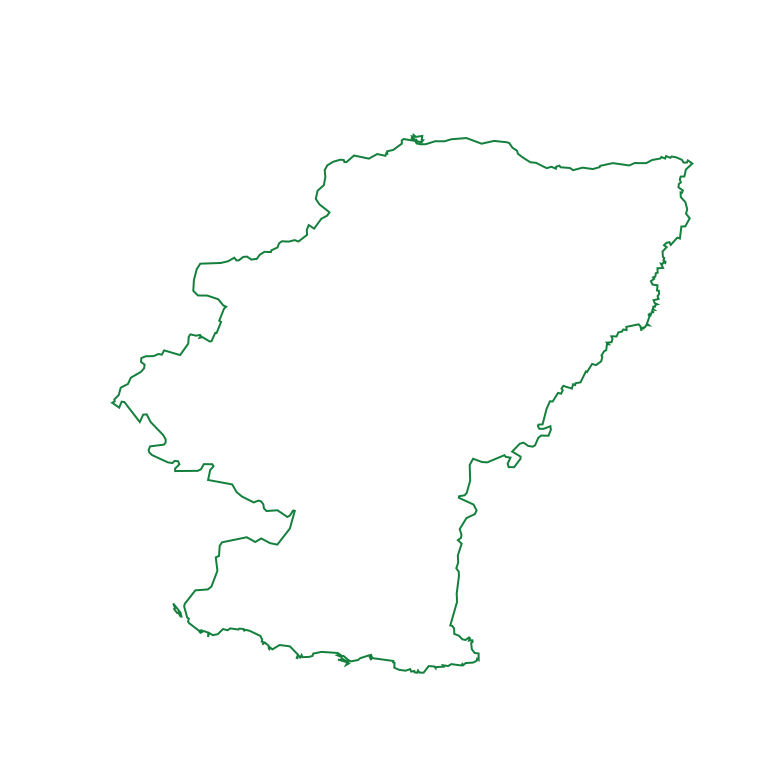 Lamongan, Jawa Timur, Indonesia (Albers equal-area conic projection), rotated 193°
{"feature_id": "22746128B62762388436916", "entity_name": "Lamongan", "entity_type": "district", "adm_level": 2, "iso_a3": "IDN", "parent_name": "Indonesia", "parent_adm1": "Jawa Timur", "projection": "albers", "projection_center": [112.288, -7.123], "detail": "fine", "context": "isolated", "style": "outline", "palette": "green", "viewbox_px": 768, "rotation_deg": 193, "n_neighbors": 0, "source": "geoboundaries", "source_scale": "gbopen_adm2", "svg_char_len": 6158}
<svg xmlns="http://www.w3.org/2000/svg" viewBox="0 0 768 768"><g transform="rotate(193 384 384)"><path d="M133.2,668.2L138.2,670.2L138.7,667.9L141.9,667.1L144.1,669.4L150.1,670.6L154.9,670.4L155.9,668.8L160.4,669.5L160.8,666.9L164.8,667.6L165.4,665.9L173.1,662.6L178.2,658.2L189.6,655.6L194.2,652.1L210.7,650.7L222.5,645.2L222.7,643.8L228.9,640.4L239.1,639.5L247.8,634.9L251.4,636.3L260.7,634.9L262.2,636.2L265.2,634.4L265.0,632.5L269.7,633.3L274.1,630.9L285.5,633.7L291.4,633.0L299.4,635.8L305.2,638.4L307.0,641.3L312.0,643.1L316.1,646.9L318.4,647.2L331.5,645.6L343.0,640.1L359.0,642.2L373.5,637.6L379.6,634.1L388.6,632.1L397.4,627.0L401.7,625.9L406.3,625.7L408.4,628.0L407.6,629.2L406.0,627.9L401.8,628.0L400.8,630.3L402.1,630.0L402.5,634.3L408.7,631.9L411.1,633.3L410.8,631.7L412.1,631.6L410.7,630.4L412.3,630.1L412.0,628.8L409.4,629.2L408.9,627.8L420.0,627.1L421.5,625.4L420.7,622.2L427.6,614.2L433.3,611.4L432.6,609.1L433.7,609.2L433.9,606.7L442.4,606.5L449.4,600.2L464.6,599.9L470.4,591.9L472.5,591.3L473.6,593.2L477.1,592.7L483.5,589.1L488.4,584.3L489.9,579.1L487.7,572.5L487.3,564.3L492.2,557.4L492.1,549.0L487.3,544.5L475.7,539.0L477.3,535.2L482.3,530.8L487.0,519.7L493.1,521.9L493.9,516.8L492.5,512.0L499.4,503.6L503.4,504.1L508.9,501.3L515.6,500.1L517.9,497.5L518.5,493.1L523.8,488.9L523.9,487.1L530.2,485.9L534.2,481.9L536.1,477.3L541.3,475.4L546.1,477.3L549.7,476.2L553.3,471.8L555.5,471.2L558.3,473.4L563.4,468.6L570.3,465.2L590.1,459.9L592.3,453.8L592.6,442.7L590.8,431.9L585.2,428.4L576.1,430.4L564.6,429.3L558.4,424.5L555.2,423.8L556.8,421.5L558.8,408.6L556.7,407.8L558.6,396.0L559.9,395.9L561.7,386.9L563.3,386.2L571.4,388.8L574.0,387.6L573.3,389.6L574.2,390.4L578.1,388.8L583.8,388.8L584.9,385.9L583.8,379.3L589.2,366.3L605.8,367.3L607.1,362.6L610.5,362.5L614.7,359.4L622.4,357.4L626.3,354.7L625.7,350.8L621.6,349.0L621.3,345.4L623.5,341.2L632.1,333.2L633.5,326.4L639.7,321.2L640.0,313.5L643.3,308.3L642.5,306.5L644.6,304.6L636.7,301.4L635.6,307.8L632.9,308.0L613.4,292.0L611.7,300.0L608.4,301.0L602.9,294.5L587.7,284.6L584.2,280.8L583.6,277.8L584.8,275.4L597.9,270.6L598.5,266.7L597.3,264.5L594.1,262.6L576.9,259.0L572.3,259.4L570.7,262.0L567.2,262.4L565.3,259.6L568.5,254.7L567.9,252.2L545.9,257.5L543.2,259.7L541.5,265.4L533.3,267.2L531.6,265.4L534.0,261.2L533.8,250.9L509.3,252.0L503.3,245.5L497.1,242.4L484.3,239.3L480.1,242.1L477.4,242.0L474.5,239.6L473.0,235.8L469.9,233.8L459.4,237.0L448.3,232.7L446.1,234.6L444.1,240.3L442.4,240.3L443.2,222.0L451.8,203.5L459.3,203.3L468.9,205.9L473.9,201.1L483.3,203.8L506.2,193.3L507.7,189.5L506.1,179.4L508.9,177.2L504.3,164.5L506.6,147.7L509.5,144.2L521.4,140.5L528.7,125.0L528.7,122.3L523.2,112.2L521.4,111.5L521.5,108.5L520.0,107.1L508.9,102.0L505.4,103.3L507.7,100.9L506.8,100.3L503.9,102.8L499.2,102.1L498.5,97.9L498.5,102.1L494.3,100.8L489.6,102.9L485.8,109.0L481.0,108.9L478.8,111.3L470.6,112.0L470.0,113.1L466.3,113.6L465.1,112.6L464.6,114.2L464.7,111.6L464.3,113.3L459.5,113.3L447.7,110.7L445.1,107.3L445.2,105.5L442.4,105.2L444.0,102.7L442.0,105.2L437.7,103.2L436.7,100.4L436.1,99.9L435.8,101.7L433.1,100.3L427.0,106.2L416.7,107.2L406.9,100.9L407.4,97.5L405.8,97.4L406.9,97.7L406.4,99.9L404.1,99.5L404.2,97.7L403.3,101.3L402.0,99.5L395.4,101.3L392.5,103.0L392.3,105.4L384.7,108.9L368.7,111.5L366.4,110.7L368.6,109.2L364.1,108.5L364.6,109.5L362.3,109.9L357.2,107.3L357.7,105.3L363.5,107.1L364.3,105.2L366.9,105.1L357.9,104.6L356.3,106.9L357.7,101.7L355.3,103.9L356.5,104.4L356.0,106.8L353.9,106.3L347.2,109.2L345.5,111.5L337.6,116.2L334.4,112.1L336.2,117.9L333.7,114.3L312.6,116.2L312.5,114.8L311.0,114.7L310.2,109.9L305.0,108.9L298.5,109.5L294.3,112.1L292.9,109.9L289.9,111.2L289.4,109.9L286.8,110.1L286.4,112.5L284.5,110.8L280.5,111.6L277.0,119.2L271.3,120.1L269.8,118.8L269.9,119.8L262.3,122.0L263.4,123.2L258.1,123.6L255.4,126.2L245.5,127.1L244.7,128.8L243.7,127.7L241.6,130.5L234.5,132.6L231.4,135.2L231.4,137.3L229.7,136.5L231.2,142.7L235.3,142.4L238.8,145.4L240.8,151.3L239.6,152.8L240.3,154.2L243.5,153.1L243.0,155.4L244.1,156.2L247.0,152.9L250.3,152.9L254.4,155.6L259.3,156.3L260.7,161.6L263.2,163.7L265.1,163.7L263.8,188.4L266.0,195.9L267.8,214.0L269.0,218.0L272.1,220.7L271.5,226.5L273.5,233.6L272.4,245.9L276.9,248.5L274.4,251.3L274.6,254.5L277.6,259.7L273.5,271.9L266.2,277.7L265.3,281.6L269.7,286.7L285.5,290.0L285.6,291.5L280.4,293.7L278.9,296.4L278.3,309.2L282.3,324.4L280.4,331.2L270.8,330.0L265.7,330.9L250.7,341.7L248.9,340.4L244.2,340.7L245.6,334.1L243.8,331.1L238.5,332.2L234.2,341.8L234.6,344.0L243.9,347.0L238.2,356.4L234.8,358.2L229.5,356.1L225.0,356.4L223.0,358.2L221.6,366.2L219.3,369.1L212.1,370.6L211.1,377.0L212.4,380.3L218.4,376.2L222.6,375.3L224.6,377.6L224.4,379.1L220.4,380.4L220.0,396.4L218.4,404.5L215.7,404.9L212.4,414.5L209.3,414.4L208.4,418.1L210.0,419.4L208.9,422.5L199.9,421.8L199.6,426.4L197.5,426.0L197.5,427.9L192.9,429.8L190.1,441.7L188.9,441.3L185.7,450.4L181.7,450.1L177.5,454.9L177.3,459.4L178.5,460.6L176.9,465.5L175.1,466.9L175.7,472.9L174.0,473.2L176.1,474.5L171.7,475.9L171.5,479.3L173.2,481.6L168.1,482.7L167.2,487.1L163.9,488.6L163.2,490.9L159.8,491.1L160.7,494.2L149.4,499.4L147.1,497.9L145.1,493.6L145.9,495.5L143.8,496.4L144.4,497.1L142.4,498.1L141.7,500.5L139.1,500.8L141.4,501.9L140.5,509.6L141.7,510.9L141.2,511.9L139.7,511.0L139.4,514.0L136.9,514.7L139.0,514.6L139.1,516.9L137.6,517.1L138.9,517.7L139.0,520.0L137.3,520.3L137.3,522.2L135.6,523.1L138.4,523.7L140.2,526.3L135.6,528.6L137.2,531.2L136.2,533.6L137.2,536.7L139.0,536.5L139.7,541.7L144.7,541.3L147.1,544.2L144.4,547.3L145.8,548.4L143.8,549.7L144.1,553.1L142.4,554.0L143.6,558.3L138.2,559.8L141.3,563.6L139.6,563.8L138.9,565.6L137.2,565.1L137.2,566.4L139.5,567.4L139.2,569.8L140.8,570.5L142.4,575.7L139.4,581.0L142.4,582.2L140.5,585.1L137.8,586.4L135.9,584.0L131.2,592.5L128.4,592.3L129.7,604.3L125.9,605.4L123.4,614.2L128.0,617.9L127.9,622.6L131.3,629.0L136.9,632.9L138.1,637.4L136.7,637.3L136.3,639.8L141.3,641.8L141.7,645.2L140.1,647.2L141.8,649.8L141.6,652.8L138.0,653.8L138.1,660.9L133.2,668.2ZM540.0,122.7L537.1,118.6L537.9,117.5L534.1,114.4L533.1,115.0L529.9,111.7L529.1,111.8L530.9,115.5L540.0,122.7Z" fill="none" stroke="#15803d" stroke-width="2"/></g></svg>